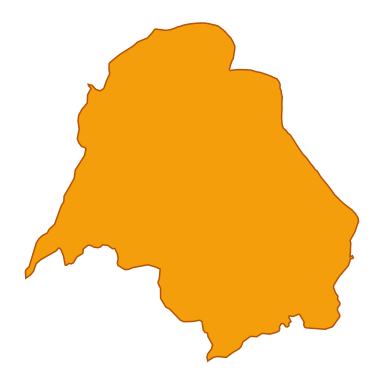 outline of Yomou, Yomou, Guinea
{"feature_id": "49546643B93814621089544", "entity_name": "Yomou", "entity_type": "district", "adm_level": 2, "iso_a3": "GIN", "parent_name": "Guinea", "parent_adm1": "Yomou", "projection": "mercator", "projection_center": [-9.137, 7.537], "detail": "fine", "context": "isolated", "style": "filled", "palette": "amber", "viewbox_px": 384, "rotation_deg": 0, "n_neighbors": 0, "source": "geoboundaries", "source_scale": "gbopen_adm2", "svg_char_len": 4198}
<svg xmlns="http://www.w3.org/2000/svg" viewBox="0 0 384 384"><path d="M88.2,84.3L88.6,85.9L89.3,86.5L91.1,88.3L89.4,91.4L87.6,94.9L87.2,103.1L82.8,108.3L81.9,109.3L81.4,110.2L78.7,115.2L78.0,121.0L78.6,125.0L79.2,129.2L77.3,138.8L78.6,142.2L78.7,142.6L78.9,142.8L80.7,145.4L81.0,145.7L81.1,145.8L81.5,146.4L84.9,147.6L85.2,147.9L85.9,148.7L84.6,155.3L84.4,155.8L75.3,170.0L74.8,173.9L74.2,178.3L68.8,188.0L64.0,196.3L64.0,196.5L64.0,198.7L63.9,200.1L63.9,201.4L63.6,201.9L61.1,206.3L58.7,212.9L58.5,213.4L54.6,224.3L49.2,229.3L47.2,233.0L46.3,233.5L42.4,235.5L38.8,238.9L37.8,240.6L37.6,240.8L36.3,243.0L34.1,250.3L31.1,260.2L29.1,266.9L28.7,267.2L26.0,269.7L25.5,271.1L25.4,271.5L25.6,275.0L25.8,278.2L30.5,274.9L33.4,271.4L36.2,263.6L38.4,261.7L41.0,259.5L56.1,250.9L58.5,248.0L59.2,248.2L59.7,248.3L60.6,249.2L61.0,249.7L61.2,250.3L62.2,252.7L63.4,255.6L65.2,265.2L65.7,265.2L66.7,265.1L68.1,264.1L69.0,263.5L70.5,263.7L71.4,263.8L72.3,263.4L73.2,263.0L77.0,256.9L80.8,254.6L82.9,253.3L83.3,248.9L86.4,246.5L88.1,245.2L89.4,245.3L90.4,245.4L91.9,246.1L94.2,247.2L95.8,247.4L97.8,247.7L100.1,247.1L100.5,247.0L101.1,246.3L102.4,244.8L107.2,245.3L107.8,245.3L110.1,247.0L112.4,248.7L114.8,248.5L115.8,250.6L117.3,253.6L117.9,256.8L118.2,258.4L117.3,263.2L118.0,265.4L120.6,267.0L121.6,267.6L124.8,269.6L126.7,269.5L128.6,269.4L129.3,269.1L132.4,267.7L144.0,265.5L147.9,264.8L152.7,266.1L152.9,266.2L155.4,266.9L157.4,267.8L160.1,269.1L160.1,269.8L159.3,278.9L158.5,280.7L158.3,281.3L158.2,281.5L158.2,283.5L158.8,284.9L160.5,288.2L160.5,288.5L160.5,289.0L160.6,297.2L160.6,298.5L163.4,303.0L165.9,307.1L168.6,308.5L169.9,309.3L180.3,320.1L183.7,321.7L192.0,321.5L193.3,321.4L199.8,320.2L200.5,320.7L202.0,321.6L203.2,329.6L203.2,329.9L204.7,332.1L207.5,333.2L207.7,334.5L208.0,336.7L208.8,338.1L212.1,344.1L212.7,345.1L212.0,346.5L211.6,348.6L211.6,348.8L209.9,351.0L207.6,354.1L207.0,357.2L207.6,360.4L207.7,361.0L213.5,357.3L216.5,356.7L217.5,356.5L226.0,357.3L226.4,357.3L226.9,356.9L232.6,352.6L235.9,350.7L236.0,350.6L238.9,348.9L241.0,346.8L243.1,341.7L244.3,340.9L250.4,336.4L255.4,336.6L256.5,336.7L256.8,336.7L262.1,333.4L270.0,334.1L275.9,332.5L276.2,332.4L278.8,331.2L279.7,329.4L279.5,326.6L281.4,323.5L283.7,323.8L285.3,326.1L285.6,326.6L287.3,327.0L288.9,325.8L288.9,323.0L291.0,321.8L291.0,321.7L288.9,317.3L289.3,315.8L293.2,316.5L297.1,314.8L298.0,314.4L298.9,314.5L299.7,314.6L301.5,317.6L301.6,317.8L304.1,322.1L303.9,323.8L303.8,325.2L304.5,326.8L304.6,327.0L305.9,327.8L325.1,329.3L332.6,326.7L338.1,319.0L339.7,316.8L339.7,314.8L339.3,314.1L338.6,312.7L337.8,311.2L337.4,310.4L337.6,307.8L339.7,305.1L339.8,304.0L339.9,302.8L337.6,299.4L337.9,296.3L337.9,296.1L335.5,292.8L333.5,287.7L333.6,286.3L333.7,285.4L338.8,277.0L340.2,275.3L348.4,265.6L350.5,258.9L351.0,258.8L352.7,258.4L353.4,257.8L352.3,255.7L350.0,256.8L350.1,255.6L350.4,252.5L350.5,248.0L350.8,243.4L350.1,240.4L352.1,236.9L354.0,233.6L355.3,230.9L356.7,226.6L358.6,221.4L358.0,217.9L355.3,213.5L351.8,209.8L348.4,207.3L344.5,204.3L341.4,201.6L337.7,197.8L334.6,194.8L331.0,189.7L327.0,184.4L324.8,181.8L322.0,178.5L320.5,176.4L318.5,173.2L317.1,171.0L315.1,169.6L314.1,167.9L312.3,165.5L310.8,163.9L308.4,160.5L306.3,157.6L302.7,153.9L299.8,149.7L296.6,144.8L292.9,138.9L290.3,134.9L287.8,133.0L286.2,130.6L283.4,128.3L282.1,124.6L281.6,118.5L281.7,114.4L282.0,108.8L281.8,104.2L281.9,102.4L282.0,100.5L282.3,97.3L281.3,93.0L281.3,91.2L280.0,88.0L280.1,84.5L279.2,82.1L277.0,78.9L273.5,77.5L270.8,76.1L267.0,74.7L263.3,73.4L260.1,72.4L255.6,71.6L251.2,70.1L244.0,69.7L236.8,69.6L232.6,70.2L230.4,70.5L229.3,69.5L230.6,64.7L231.7,61.4L233.3,58.4L233.9,54.0L234.7,49.8L234.8,46.2L233.0,41.9L230.6,37.7L227.6,34.7L225.3,31.9L221.9,28.9L218.0,26.0L215.5,25.2L213.1,24.7L208.3,23.6L205.2,23.1L201.3,23.0L197.2,23.2L193.8,23.5L190.1,23.9L185.8,24.7L182.3,25.5L179.6,26.6L177.8,26.8L176.5,27.5L173.9,28.5L170.8,29.6L168.1,30.1L164.9,30.3L161.4,29.7L158.7,29.5L156.6,29.1L154.8,29.2L151.8,33.3L147.4,38.0L137.8,41.9L133.3,45.9L127.5,49.6L119.6,54.6L110.3,62.2L109.1,63.9L109.0,69.8L109.7,73.7L106.5,80.8L103.8,88.5L100.0,90.9L95.7,89.3L92.2,85.4L88.2,84.3Z" fill="#f59e0b" stroke="#b45309" stroke-width="1.5"/></svg>